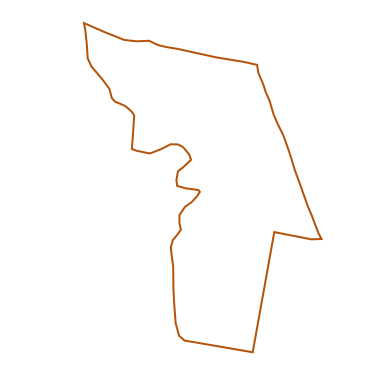 Kampong Cham, Kâmpóng Cham, Cambodia (Natural Earth projection), rotated 280°
{"feature_id": "14789045B1741124947579", "entity_name": "Kampong Cham", "entity_type": "district", "adm_level": 2, "iso_a3": "KHM", "parent_name": "Cambodia", "parent_adm1": "Kâmpóng Cham", "projection": "natural_earth1", "projection_center": [105.447, 11.989], "detail": "fine", "context": "isolated", "style": "outline", "palette": "amber", "viewbox_px": 384, "rotation_deg": 280, "n_neighbors": 0, "source": "geoboundaries", "source_scale": "gbopen_adm2", "svg_char_len": 1156}
<svg xmlns="http://www.w3.org/2000/svg" viewBox="0 0 384 384"><g transform="rotate(280 192 192)"><path d="M328.5,234.0L329.1,220.3L329.0,210.6L328.8,191.7L329.6,171.9L330.4,153.4L330.3,141.4L330.6,135.0L331.2,131.3L333.5,123.5L330.8,111.5L330.0,98.8L334.2,78.6L339.6,56.3L336.3,57.5L333.0,58.8L319.0,62.8L305.5,66.1L298.1,71.2L287.5,84.0L279.3,92.7L270.5,96.8L267.6,100.5L266.2,106.8L265.1,111.3L260.9,118.4L257.3,121.8L228.4,124.9L223.9,125.3L223.0,130.5L222.6,143.6L224.7,147.3L229.0,154.3L235.3,162.7L236.4,169.9L234.7,175.4L228.7,182.5L223.6,185.5L214.8,179.0L210.0,174.6L200.9,174.6L195.4,176.4L194.5,185.4L195.1,197.9L193.5,199.7L189.1,197.9L182.4,193.7L176.2,187.7L167.1,183.6L158.9,185.1L153.1,187.6L148.2,185.4L141.4,181.5L133.8,180.7L123.4,183.8L115.0,186.5L105.8,188.2L95.1,190.2L82.3,193.0L71.7,195.7L59.9,198.7L48.2,204.2L44.4,210.4L44.7,279.6L166.8,280.0L166.1,317.7L168.2,327.7L173.8,323.4L189.0,314.4L198.3,308.4L219.8,296.2L231.7,289.3L245.6,282.3L254.6,277.3L264.1,271.8L273.3,265.0L281.8,259.3L289.9,255.2L293.0,253.7L295.7,252.3L303.1,247.3L310.7,243.3L320.7,236.7L328.5,234.0Z" fill="none" stroke="#b45309" stroke-width="2"/></g></svg>